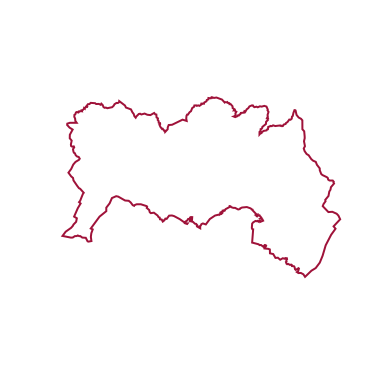 Zapayán, Magdalena, Colombia, rotated 250°
{"feature_id": "7082276B87422252526741", "entity_name": "Zapayán", "entity_type": "district", "adm_level": 2, "iso_a3": "COL", "parent_name": "Colombia", "parent_adm1": "Magdalena", "projection": "mercator", "projection_center": [-74.689, 10.137], "detail": "fine", "context": "isolated", "style": "outline", "palette": "rose", "viewbox_px": 384, "rotation_deg": 250, "n_neighbors": 0, "source": "geoboundaries", "source_scale": "gbopen_adm2", "svg_char_len": 6072}
<svg xmlns="http://www.w3.org/2000/svg" viewBox="0 0 384 384"><g transform="rotate(250 192 192)"><path d="M108.4,314.3L111.3,313.3L115.7,321.9L119.8,321.5L122.1,320.5L125.4,317.1L126.5,313.3L134.0,310.0L135.8,311.6L137.6,314.3L139.0,314.5L141.6,318.9L145.5,321.2L146.8,322.9L149.0,324.2L151.4,328.4L152.6,328.2L153.1,328.7L154.6,328.2L155.8,325.1L157.1,324.2L158.7,324.4L159.8,323.8L163.3,320.4L164.7,319.6L168.7,319.5L170.5,320.1L174.8,318.7L178.0,318.6L180.0,316.5L182.2,315.3L186.6,314.2L188.5,312.7L191.9,311.8L194.7,311.9L196.4,313.8L201.4,314.6L204.0,316.3L205.8,316.9L210.7,318.2L213.2,317.2L221.6,320.2L223.5,319.5L225.5,317.7L228.7,316.6L233.2,317.2L233.7,316.8L233.9,316.3L231.7,314.4L229.0,312.7L228.6,311.7L226.8,310.8L226.2,309.3L226.8,308.2L225.1,305.7L224.6,303.8L223.9,303.2L224.0,301.3L222.9,299.9L223.1,299.1L223.6,299.0L223.9,297.7L224.4,297.6L225.5,292.8L226.9,291.0L226.6,289.5L227.3,288.2L227.0,287.6L227.1,285.9L225.0,284.8L225.1,284.0L224.4,283.1L224.9,280.2L224.3,278.2L223.6,277.5L223.5,276.0L223.0,275.1L225.4,276.0L226.0,277.3L227.6,278.0L227.5,278.9L228.2,279.9L229.1,280.4L230.6,284.7L232.7,285.7L233.6,287.8L234.8,287.9L234.9,288.6L236.3,288.7L236.3,288.3L237.1,289.1L238.5,289.3L241.1,291.3L243.0,290.9L243.6,291.4L246.8,291.2L248.2,289.4L248.4,286.7L249.3,285.1L249.1,282.8L250.1,281.8L250.4,279.6L251.6,278.9L252.3,279.0L252.9,278.1L252.8,275.3L251.5,273.5L251.0,271.7L249.3,269.7L249.8,269.2L249.3,269.0L249.5,268.6L248.7,268.4L249.6,264.9L248.5,264.0L248.6,263.2L247.9,262.2L248.3,261.5L247.7,260.6L247.6,258.2L248.7,257.0L248.7,258.0L249.6,259.4L251.1,259.7L252.2,261.1L253.3,260.3L254.4,260.4L254.5,259.3L255.4,260.1L256.9,258.9L258.7,259.4L261.3,258.4L261.7,257.4L262.2,257.7L262.9,257.3L263.3,256.3L264.5,255.9L264.4,255.1L265.4,253.4L265.2,253.2L268.6,251.8L272.4,247.3L272.9,244.8L273.9,243.6L273.6,243.1L274.3,242.6L273.6,241.7L274.7,239.6L273.4,239.0L273.4,237.4L272.3,236.6L271.9,234.2L270.9,233.4L271.3,232.9L271.2,231.6L271.7,231.6L271.9,231.0L270.9,230.3L270.4,228.5L271.3,227.4L271.3,226.0L271.9,225.7L272.5,223.8L271.4,223.1L270.8,220.9L268.3,218.7L267.8,217.0L266.1,214.6L266.4,213.9L265.5,212.9L263.0,211.7L260.6,211.3L263.2,207.9L262.0,196.3L262.9,193.0L261.0,191.3L259.3,190.6L257.8,187.7L258.6,188.0L259.3,187.1L259.0,186.8L261.5,186.1L261.4,185.4L263.9,184.6L266.4,184.4L266.7,185.3L267.5,185.5L267.6,185.0L268.5,184.4L270.0,184.9L271.5,184.4L272.8,185.2L274.2,184.2L277.0,185.0L277.6,184.0L279.2,183.5L278.5,179.2L279.9,176.4L281.9,174.3L282.2,170.9L283.3,170.0L283.5,168.7L282.0,165.5L281.1,164.5L282.9,163.8L285.4,163.9L287.1,163.3L290.5,162.9L294.0,158.8L296.2,158.6L302.3,154.7L301.3,154.2L301.0,152.8L301.5,151.5L301.0,149.2L299.9,148.0L299.0,146.0L299.7,141.1L300.8,139.9L301.0,138.7L302.0,137.9L304.3,137.8L306.0,137.0L305.2,136.0L306.6,134.6L307.5,132.0L308.6,131.3L310.4,127.3L309.7,125.7L310.1,124.2L309.1,122.7L308.2,122.9L307.8,122.5L308.4,121.4L307.7,120.7L307.8,119.9L307.2,119.7L307.8,119.3L307.0,118.8L306.2,116.8L306.4,116.4L305.9,116.3L306.4,115.9L305.8,115.4L306.3,114.0L305.7,112.8L306.3,112.6L305.9,111.9L306.6,110.9L306.4,110.1L304.9,108.9L304.7,107.9L302.9,107.1L301.1,107.3L298.7,106.7L296.5,107.3L298.8,100.9L298.9,98.2L297.7,97.6L294.3,99.0L291.5,101.2L287.6,96.8L284.3,95.5L281.4,96.5L278.2,94.5L276.7,94.1L275.6,94.9L275.3,96.5L274.3,96.6L272.9,94.8L270.3,94.4L269.2,94.5L268.5,95.2L266.3,95.3L264.6,96.2L263.7,97.5L261.7,97.9L260.9,96.8L260.1,92.8L258.4,89.8L255.0,86.4L252.4,82.5L248.0,83.8L245.9,85.0L243.4,84.6L237.1,86.2L234.2,87.1L233.3,88.0L228.3,90.0L227.5,88.8L221.9,83.8L221.1,82.4L219.3,83.4L215.9,79.2L209.2,72.8L206.7,74.8L203.6,72.9L201.9,69.4L201.1,68.7L199.7,66.2L197.9,59.7L195.0,55.3L190.5,62.7L190.0,64.4L190.6,66.8L190.0,68.7L190.2,69.8L189.1,70.9L188.7,72.0L186.7,73.3L185.3,76.5L181.4,77.0L180.8,77.7L180.3,80.7L184.4,81.6L187.7,83.3L190.8,85.9L192.3,84.4L200.5,96.7L203.3,104.9L206.6,106.1L209.5,110.7L213.7,114.7L214.0,119.3L212.9,121.1L206.9,126.2L205.4,129.5L203.2,130.8L199.9,131.8L198.8,132.9L199.3,133.5L199.4,135.7L198.0,139.7L194.2,144.6L193.4,144.8L192.5,144.0L189.8,145.6L187.4,145.4L186.2,146.1L185.6,149.1L181.7,151.6L179.7,152.0L179.0,152.9L177.3,152.6L176.5,154.1L174.2,154.4L174.4,155.1L175.2,155.0L174.9,156.4L176.1,157.9L175.4,159.0L177.6,162.4L176.8,165.1L175.5,166.9L170.7,171.2L166.1,174.4L165.3,174.4L163.6,176.5L164.0,177.1L164.3,176.1L166.3,174.9L166.8,177.6L168.0,179.2L167.5,180.8L168.4,181.3L168.0,181.8L168.8,182.5L168.3,183.6L165.2,182.2L165.1,181.8L165.9,181.9L165.9,181.1L166.7,180.7L165.5,180.0L163.6,182.7L161.2,183.9L160.6,185.0L158.9,185.6L158.6,184.9L157.9,184.9L155.1,187.3L156.0,187.6L156.3,186.9L157.0,187.2L157.5,188.8L158.6,189.9L158.7,191.5L156.8,193.9L160.5,199.5L162.0,205.6L161.3,212.0L162.4,214.3L161.5,210.8L163.0,211.6L163.4,214.5L162.4,214.6L164.0,214.6L163.9,215.8L163.3,216.3L164.4,217.7L165.0,221.9L165.9,222.5L165.4,223.3L164.3,223.7L162.9,225.5L162.4,227.0L159.8,229.4L159.6,231.1L160.1,231.6L160.3,233.7L159.1,238.4L156.8,241.2L155.7,242.1L155.1,242.1L154.6,242.9L153.8,242.8L148.8,245.0L148.7,244.1L147.3,244.4L146.8,244.8L147.2,245.5L147.5,245.1L148.0,245.5L148.3,245.0L148.4,246.0L147.7,245.8L147.5,246.3L147.2,245.6L147.3,246.5L146.0,247.8L144.0,248.4L143.7,247.1L142.3,248.8L140.7,249.0L140.6,246.5L141.0,246.8L141.6,246.0L141.4,245.0L142.0,245.0L141.6,244.1L142.5,243.6L142.5,242.5L143.1,241.7L142.5,239.0L141.7,237.7L137.7,235.9L136.4,236.0L136.0,236.7L123.9,231.2L120.1,236.7L119.0,237.3L118.6,238.7L116.3,240.2L117.3,242.2L116.8,243.1L116.1,243.3L115.1,242.1L114.9,240.9L114.2,240.7L112.4,244.4L111.4,245.5L107.7,244.3L105.9,247.1L101.5,247.9L100.9,250.2L98.2,251.7L98.7,254.7L97.7,256.0L98.0,257.1L97.3,258.5L96.3,258.3L96.1,257.4L94.4,257.1L94.1,256.3L92.3,256.3L91.6,256.7L91.6,257.7L89.9,259.2L89.9,260.3L89.4,260.8L88.2,260.6L87.4,262.4L86.4,262.7L84.1,262.4L83.3,262.9L84.0,266.0L83.5,266.3L81.3,264.7L80.9,263.2L79.4,264.3L78.7,266.6L76.6,268.5L73.6,269.2L77.2,277.3L78.2,282.2L81.9,287.9L87.4,292.9L96.2,299.4L104.2,308.1L108.4,314.3Z" fill="none" stroke="#9f1239" stroke-width="2"/></g></svg>